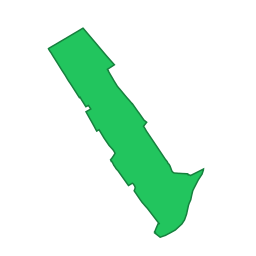 Roseti, Calarasi, Romania, rotated 325°
{"feature_id": "2599482B60300141658332", "entity_name": "Roseti", "entity_type": "district", "adm_level": 2, "iso_a3": "ROU", "parent_name": "Romania", "parent_adm1": "Calarasi", "projection": "robinson", "projection_center": [27.459, 44.223], "detail": "fine", "context": "isolated", "style": "filled", "palette": "green", "viewbox_px": 256, "rotation_deg": 325, "n_neighbors": 0, "source": "geoboundaries", "source_scale": "gbopen_adm2", "svg_char_len": 2938}
<svg xmlns="http://www.w3.org/2000/svg" viewBox="0 0 256 256"><g transform="rotate(325 128 128)"><path d="M148.4,20.4L139.1,19.7L127.4,18.8L110.0,17.4L109.8,17.4L109.6,17.4L109.3,17.4L108.5,17.3L108.4,17.3L108.3,17.5L108.2,18.4L108.1,20.2L108.1,20.5L108.1,21.1L108.1,22.4L108.1,22.7L108.0,23.8L107.9,25.3L107.8,26.8L107.7,29.4L107.6,31.0L107.5,33.5L107.0,42.6L106.8,48.6L106.6,51.3L106.4,53.6L106.3,56.1L106.3,58.3L106.2,61.4L106.0,65.7L105.6,75.3L106.4,75.3L106.3,76.4L106.1,78.3L106.1,79.1L106.0,80.7L106.0,81.3L105.8,84.5L105.7,86.4L108.5,86.8L108.5,87.7L108.5,88.6L108.4,91.1L102.9,90.6L102.8,91.6L102.5,94.6L102.3,96.4L102.0,99.5L101.9,100.8L101.6,103.7L101.3,106.3L101.2,107.4L101.0,109.0L100.8,110.4L100.6,112.6L103.3,112.8L102.6,122.6L102.5,131.5L103.2,137.0L103.2,139.0L102.9,141.3L101.7,141.8L100.8,142.2L100.3,142.4L100.2,142.5L99.1,142.9L98.7,143.0L97.8,143.4L97.4,143.5L96.7,143.7L95.5,144.0L95.2,145.5L95.5,145.5L95.4,148.1L95.0,150.2L95.0,152.4L94.9,154.6L95.3,157.4L95.3,160.0L95.4,175.4L99.8,175.7L100.3,176.8L100.2,179.2L99.8,180.8L98.8,181.8L97.1,182.9L97.1,183.2L97.0,183.3L96.9,192.1L96.9,196.9L97.5,202.7L97.7,204.0L97.8,205.0L98.4,218.8L98.6,223.5L98.7,223.9L98.7,224.2L98.4,224.2L98.3,223.9L98.3,223.7L98.3,223.3L98.2,223.4L96.9,224.2L96.1,224.7L93.8,226.1L90.6,228.2L90.4,228.2L90.4,228.6L90.4,229.4L89.7,229.3L91.2,234.2L91.7,235.9L92.4,236.1L95.3,236.9L96.9,237.4L98.4,237.6L98.7,237.6L100.3,237.8L101.6,238.0L108.3,238.7L112.7,238.1L117.1,237.5L121.6,235.7L126.5,232.2L133.1,226.1L135.0,224.7L137.2,223.4L137.7,223.1L138.2,222.8L139.9,221.2L141.6,219.6L145.1,216.5L148.0,214.9L149.0,214.4L155.8,210.8L162.3,208.2L163.7,207.1L163.9,207.0L165.3,205.9L165.5,205.8L166.3,204.9L164.9,204.7L160.7,204.1L152.0,202.8L152.0,202.7L151.7,202.0L150.7,201.1L150.4,200.8L150.4,200.7L150.7,200.3L150.7,199.9L150.4,199.6L148.9,198.4L147.6,197.4L146.3,196.4L144.3,194.8L143.3,194.1L143.0,193.8L142.2,193.1L140.4,191.7L140.1,191.4L139.9,191.1L139.7,190.7L139.4,189.9L139.3,189.3L139.2,188.7L139.3,188.3L139.5,187.7L139.6,187.0L139.9,186.0L140.4,184.0L140.6,183.2L140.7,182.1L140.8,181.4L140.8,181.1L140.6,180.7L140.5,180.4L140.5,180.2L140.8,178.1L140.8,177.9L140.8,176.4L140.7,176.3L140.6,175.7L140.8,167.0L141.1,152.4L141.3,141.0L141.6,138.2L141.7,135.5L146.6,134.0L145.6,130.6L145.6,130.4L145.6,126.9L145.6,126.3L145.6,125.8L145.6,124.5L145.6,122.8L145.6,121.5L145.5,120.6L145.5,119.5L145.5,118.3L145.5,117.0L145.5,115.6L145.5,114.1L145.5,112.6L145.5,111.3L145.5,110.6L145.4,110.6L145.2,110.5L145.2,110.3L145.3,110.1L145.2,109.4L145.1,108.3L144.9,105.9L144.5,102.6L144.2,99.4L143.7,93.1L143.5,90.9L143.4,90.2L143.3,89.1L143.3,88.6L143.2,87.9L143.2,87.3L143.3,86.4L143.3,85.8L143.4,84.8L143.4,83.9L143.5,82.5L143.6,80.7L143.8,78.9L144.2,73.6L144.6,69.6L144.8,69.6L144.8,68.1L153.1,68.4L151.8,57.1L150.6,43.9L150.0,37.3L149.4,30.8L148.6,22.1L148.5,20.8L148.4,20.4Z" fill="#22c55e" stroke="#15803d" stroke-width="1.5"/></g></svg>